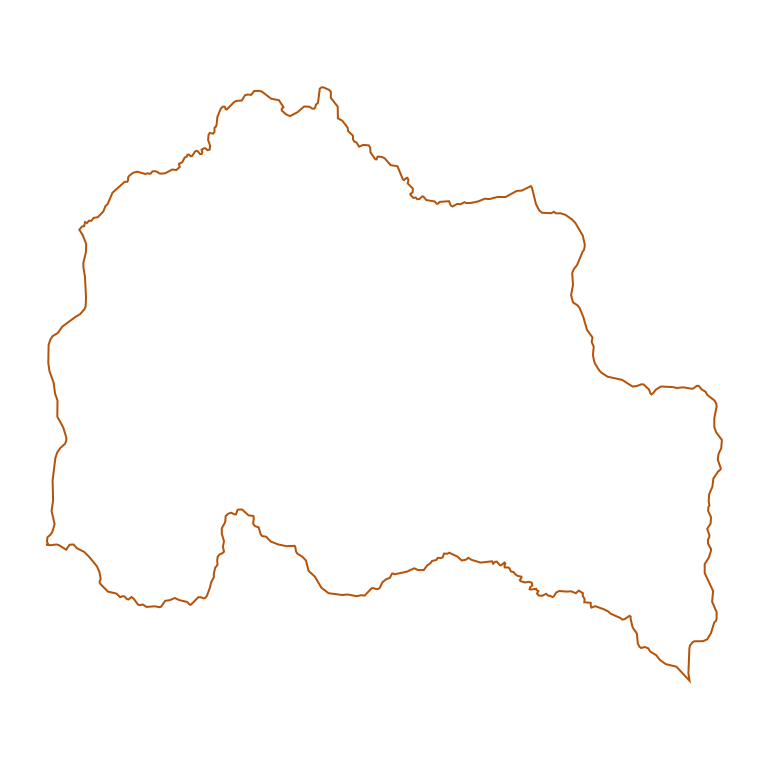 Pácora, Caldas, Colombia
{"feature_id": "7082276B78665343411960", "entity_name": "Pácora", "entity_type": "district", "adm_level": 2, "iso_a3": "COL", "parent_name": "Colombia", "parent_adm1": "Caldas", "projection": "robinson", "projection_center": [-75.464, 5.501], "detail": "fine", "context": "isolated", "style": "outline", "palette": "amber", "viewbox_px": 768, "rotation_deg": 0, "n_neighbors": 0, "source": "geoboundaries", "source_scale": "gbopen_adm2", "svg_char_len": 6052}
<svg xmlns="http://www.w3.org/2000/svg" viewBox="0 0 768 768"><path d="M79.3,229.7L82.6,234.9L86.2,243.9L86.0,251.8L83.4,262.6L83.4,267.1L85.0,277.1L86.0,297.0L85.7,306.1L84.7,308.8L80.1,314.2L75.7,316.7L62.2,326.7L58.0,332.8L52.4,336.3L50.4,339.5L48.6,345.0L48.3,363.1L49.5,371.3L53.6,382.6L55.1,393.8L57.5,400.5L57.3,416.6L63.2,427.4L66.4,437.7L66.1,441.0L65.1,443.7L60.2,448.1L57.3,452.3L55.4,457.8L52.6,480.4L53.1,500.4L51.6,510.9L54.6,524.1L52.6,531.1L50.9,534.3L47.5,537.2L46.9,541.4L48.0,544.0L46.1,544.8L50.5,545.2L56.4,544.5L58.7,545.0L66.2,549.7L69.6,544.7L73.6,544.5L76.7,548.1L84.3,552.0L89.4,557.1L97.0,566.4L99.4,571.9L100.2,576.3L100.7,578.8L99.6,581.4L99.9,583.4L107.9,591.6L116.5,593.6L120.1,597.2L122.7,596.2L124.6,596.5L126.8,599.0L128.4,599.5L131.5,597.0L133.7,598.7L138.0,604.6L140.0,605.1L142.8,604.5L146.4,606.9L154.9,606.3L159.6,607.2L161.1,606.7L165.2,600.8L169.6,600.2L174.9,598.0L179.2,600.1L187.0,601.9L189.8,604.6L190.8,604.8L198.3,597.2L201.1,597.3L203.6,598.4L205.5,597.7L206.9,595.8L209.8,588.0L211.2,582.2L213.9,577.1L213.8,574.1L215.1,567.9L217.5,564.8L217.2,560.1L217.7,556.7L219.5,554.5L222.3,553.3L224.0,551.7L222.9,546.7L224.0,541.3L221.8,533.7L221.8,528.3L225.2,522.1L225.7,516.0L228.1,513.8L231.1,512.7L234.3,514.3L236.0,514.3L237.4,510.1L238.6,509.5L242.1,509.5L248.5,515.3L253.4,516.0L253.8,518.2L253.1,523.6L255.1,526.2L258.6,527.3L260.6,534.1L262.1,536.1L266.2,536.7L270.7,541.5L278.0,544.4L286.6,546.2L294.6,545.8L295.4,547.3L296.0,551.5L297.3,553.6L302.3,556.7L305.9,560.4L308.6,570.9L314.9,576.7L321.3,587.6L328.5,593.2L342.3,595.0L347.8,594.5L356.6,596.2L361.2,595.2L364.7,595.6L371.5,588.4L372.8,588.0L376.3,589.1L378.6,588.8L380.0,587.5L382.4,582.3L386.3,579.1L389.8,577.9L392.0,573.7L393.2,573.5L394.7,574.3L407.0,571.6L414.2,568.3L418.0,570.0L423.7,570.1L427.0,565.6L430.5,563.1L432.0,561.0L436.4,559.9L437.7,557.9L440.9,558.1L442.7,557.3L444.0,553.6L447.5,553.7L449.2,552.7L457.1,556.4L461.8,560.5L466.3,559.5L468.3,557.8L471.7,559.9L480.5,562.6L492.1,561.3L493.2,563.7L494.9,561.9L496.8,561.6L499.9,565.2L500.9,565.4L504.5,562.5L505.3,563.5L504.4,565.9L504.7,567.4L508.3,567.5L509.5,568.4L510.9,571.5L513.5,572.0L515.4,574.4L517.8,575.9L521.4,576.7L521.3,578.2L519.8,579.9L520.5,581.1L525.0,582.5L528.5,581.8L531.7,582.6L532.3,585.4L530.2,587.2L529.6,589.2L531.1,589.6L536.1,588.8L536.6,590.2L538.4,591.1L537.0,593.5L538.7,595.5L542.2,595.8L546.1,593.8L548.2,595.7L550.2,595.8L552.4,597.1L554.0,596.1L556.2,592.5L559.2,591.0L566.7,591.6L571.0,591.3L575.9,593.2L578.7,590.6L582.9,593.2L582.7,595.9L584.6,599.0L584.3,602.3L590.7,602.8L590.8,606.2L591.4,607.6L595.4,606.2L603.6,609.2L608.3,611.5L610.6,613.7L620.6,618.1L622.4,619.6L624.4,619.2L629.6,615.8L630.7,616.8L630.6,618.7L632.6,627.4L636.9,633.6L637.8,643.6L639.5,646.7L641.2,648.0L644.8,647.0L648.2,648.3L650.4,651.7L656.1,655.1L659.7,659.7L665.7,664.1L676.4,666.7L689.5,680.7L688.4,673.4L689.4,648.4L690.0,645.5L692.5,642.4L694.3,641.3L702.9,641.2L707.2,639.3L710.9,633.3L714.2,622.6L716.0,620.7L716.6,618.8L716.6,612.1L712.1,601.7L713.1,591.0L704.7,573.1L704.7,564.1L708.9,557.5L711.0,550.7L711.0,549.0L708.1,543.8L707.9,539.8L709.3,537.0L709.4,535.2L707.2,528.9L710.6,523.6L710.9,519.8L710.9,516.8L708.1,510.9L708.4,507.1L709.4,505.6L708.7,501.4L709.1,494.4L712.4,486.7L713.4,478.4L718.1,471.5L720.3,469.8L720.8,468.3L717.9,460.1L717.8,458.2L718.7,453.5L721.2,448.3L721.9,440.0L716.1,432.2L714.3,427.1L714.3,418.2L716.6,406.6L716.4,403.9L714.6,400.6L707.3,395.0L705.5,391.7L701.6,389.4L698.7,385.8L696.7,385.9L693.6,388.3L692.0,388.8L683.2,387.3L676.7,388.0L673.1,387.1L661.0,386.5L656.1,389.4L653.0,393.3L651.4,394.4L650.5,393.5L649.0,389.5L643.6,384.4L641.4,384.3L636.6,386.1L632.5,386.5L622.2,379.9L607.6,376.7L601.9,373.1L599.3,370.5L594.8,363.2L593.7,359.4L593.0,354.9L593.7,346.6L591.7,342.0L592.5,337.4L587.0,329.9L583.3,317.0L579.6,307.9L577.6,305.4L573.0,302.4L571.1,295.1L573.0,284.8L572.2,273.2L573.6,269.4L577.1,265.0L582.6,251.7L583.9,250.0L584.7,246.5L584.7,244.1L582.7,235.5L575.4,223.0L572.1,219.5L565.4,214.8L560.5,213.3L555.9,213.3L553.8,211.8L551.4,213.2L542.2,212.8L539.3,210.5L536.0,204.2L532.0,187.9L530.9,186.1L521.7,190.6L516.8,190.9L505.4,197.1L497.7,196.9L489.3,199.1L484.8,198.7L477.9,201.5L471.1,202.9L466.4,203.1L464.4,202.2L460.7,204.2L457.3,203.9L452.5,206.5L450.8,205.5L449.0,201.2L439.7,201.9L438.0,203.6L436.8,203.8L434.5,201.4L426.4,200.1L423.3,196.5L422.3,196.4L419.3,199.1L417.1,199.2L415.7,197.5L413.4,197.9L410.4,194.8L410.3,194.0L412.7,192.2L412.8,188.5L407.7,183.4L408.4,180.0L407.4,177.8L406.5,177.9L404.1,180.0L402.9,179.5L397.5,166.3L390.6,165.1L384.7,158.3L381.8,156.9L377.6,156.6L376.5,159.4L375.3,159.3L370.5,152.4L370.2,147.6L368.8,145.4L363.1,144.9L359.2,146.7L356.4,142.4L354.1,141.4L353.0,139.2L352.9,135.6L348.2,131.2L347.5,127.4L342.3,120.7L337.9,118.3L337.7,106.6L330.9,98.0L330.8,91.6L329.0,89.8L323.3,87.3L321.7,87.3L319.8,88.6L318.0,102.8L315.9,104.6L315.2,107.7L314.0,108.7L312.3,108.6L309.4,106.7L304.2,106.5L297.2,112.4L290.0,116.1L286.1,114.4L281.8,110.6L281.7,108.8L283.5,107.2L278.9,100.2L271.1,98.7L261.9,91.6L259.0,90.8L254.2,91.0L251.1,94.9L247.8,94.5L245.1,95.2L241.8,100.5L236.4,100.9L234.2,102.0L226.7,109.5L225.6,109.2L225.1,107.1L224.3,106.6L222.7,106.7L220.8,108.6L217.4,116.9L216.6,124.6L216.0,126.5L214.5,127.7L214.5,131.9L213.1,133.7L209.9,132.9L208.6,134.6L208.1,140.0L210.2,145.9L209.6,149.6L207.5,150.2L205.7,148.4L203.9,148.3L201.6,149.7L202.4,152.1L201.7,154.0L200.1,154.1L197.5,151.1L196.2,150.8L194.9,151.7L192.3,155.8L190.8,156.3L188.9,154.5L187.4,154.8L186.6,156.7L184.7,157.5L182.3,162.2L179.0,163.8L179.7,167.0L176.4,170.0L172.2,169.5L165.2,173.3L161.3,173.6L159.5,173.5L156.7,171.6L154.8,171.2L152.4,171.4L150.7,173.6L149.3,173.8L147.6,173.3L145.2,174.0L137.4,171.7L133.2,172.7L129.3,175.7L128.1,177.5L128.1,180.0L127.4,181.7L124.6,181.9L112.5,192.7L107.7,203.9L105.5,206.0L103.4,211.3L102.1,212.8L97.8,217.2L93.6,217.9L91.3,220.8L88.9,220.7L87.0,223.0L85.1,222.1L84.2,226.2L82.0,226.5L79.3,229.7Z" fill="none" stroke="#b45309" stroke-width="2"/></svg>